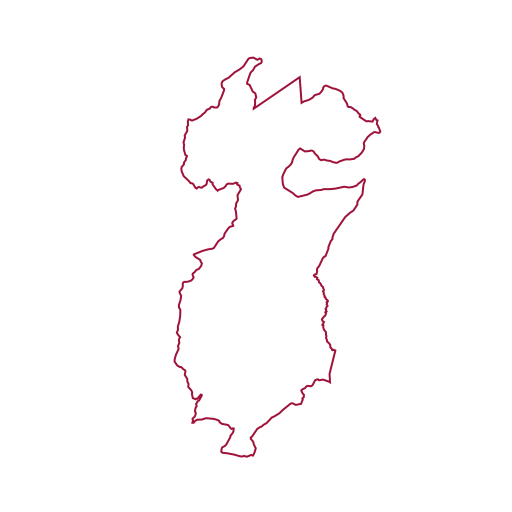 outline of San Ramon, Alajuela, Costa Rica, rotated 32°
{"feature_id": "36466004B75539048151546", "entity_name": "San Ramon", "entity_type": "district", "adm_level": 2, "iso_a3": "CRI", "parent_name": "Costa Rica", "parent_adm1": "Alajuela", "projection": "robinson", "projection_center": [-84.596, 10.217], "detail": "fine", "context": "isolated", "style": "outline", "palette": "rose", "viewbox_px": 512, "rotation_deg": 32, "n_neighbors": 0, "source": "geoboundaries", "source_scale": "gbopen_adm2", "svg_char_len": 6102}
<svg xmlns="http://www.w3.org/2000/svg" viewBox="0 0 512 512"><g transform="rotate(32 256 256)"><path d="M373.4,294.1L371.4,294.4L370.9,295.3L370.2,295.3L369.4,294.5L367.3,294.0L366.2,292.2L364.5,291.4L361.6,290.8L360.6,289.6L358.8,288.4L358.2,286.6L357.0,285.7L355.7,283.5L352.8,282.5L350.9,281.0L349.9,279.1L348.8,279.3L348.7,276.0L346.8,275.8L345.4,274.7L345.7,271.6L346.2,270.2L346.1,268.7L345.7,267.4L344.6,267.0L344.6,266.6L345.2,266.1L345.2,265.5L344.4,265.3L344.1,264.6L343.1,264.1L343.3,263.4L342.8,262.1L343.1,260.4L341.6,259.6L341.4,258.7L340.4,257.8L340.5,257.2L341.0,256.9L340.8,256.0L339.8,255.6L337.7,255.3L336.9,254.3L335.8,254.4L334.9,253.0L333.4,252.3L332.9,251.1L331.5,250.4L331.7,248.9L328.9,246.7L327.5,246.6L325.1,245.1L323.4,244.9L322.0,243.3L320.1,243.4L319.6,242.0L317.8,242.0L316.9,242.5L315.4,241.8L315.4,240.9L316.8,239.3L316.8,238.8L315.9,236.5L314.9,235.2L314.5,233.7L314.9,231.1L313.8,222.2L314.3,220.2L314.8,219.8L315.0,218.9L313.4,210.9L312.7,210.2L311.5,203.7L311.9,201.3L311.1,199.9L310.1,196.1L311.0,175.6L312.9,169.3L314.5,165.9L314.7,158.8L313.2,156.1L313.6,147.4L309.4,138.6L308.6,134.7L308.0,133.8L306.9,133.5L306.4,134.4L305.5,137.9L304.4,140.7L304.1,142.8L301.1,146.5L298.3,148.8L294.1,150.5L287.7,156.7L283.3,160.1L278.0,163.4L276.5,165.3L271.9,168.7L270.1,171.0L268.2,174.9L266.7,177.1L260.2,183.7L257.3,183.8L253.7,183.1L243.7,183.1L240.8,180.9L236.6,175.4L235.8,171.9L235.3,167.0L235.4,165.0L236.2,163.3L237.0,159.8L237.0,157.7L236.0,154.7L235.7,152.1L235.8,143.2L236.4,141.4L242.1,141.4L245.9,138.5L246.7,137.4L247.9,136.9L249.7,136.9L251.3,137.8L255.9,138.8L256.7,139.5L258.3,140.3L260.7,140.2L261.4,139.2L263.0,138.1L265.7,137.4L268.4,136.1L271.8,135.5L274.6,134.5L275.7,133.6L276.4,131.9L279.9,127.5L282.0,125.7L284.4,124.4L287.7,121.6L288.2,119.9L290.0,116.9L290.9,112.2L290.9,108.1L289.6,105.5L287.8,103.4L287.4,102.1L287.7,95.7L288.6,92.6L290.5,88.4L291.1,87.9L294.7,86.7L295.5,85.7L295.5,84.7L292.3,82.1L291.4,81.9L290.7,81.0L288.8,80.2L288.0,78.9L287.2,76.6L286.0,76.9L284.0,75.7L283.3,77.5L283.6,80.3L280.1,81.9L278.2,83.3L270.2,83.1L269.9,82.7L269.9,81.3L269.5,81.0L267.4,80.7L264.7,79.7L261.3,79.8L260.2,79.5L257.5,79.5L255.7,80.5L254.6,80.6L252.4,78.5L246.4,75.6L246.0,74.5L244.4,72.8L242.4,71.6L240.0,71.4L236.7,71.8L234.3,72.3L232.7,73.1L225.6,74.2L224.6,74.7L223.8,76.3L223.8,77.6L224.4,79.0L224.4,81.7L223.8,84.9L220.5,88.5L220.2,91.4L218.7,94.5L217.9,95.9L214.8,99.4L213.5,102.0L198.3,81.2L176.0,132.3L175.5,131.4L175.5,129.3L173.7,125.9L172.3,124.2L172.2,121.4L169.4,118.6L169.0,118.4L166.2,118.3L159.9,114.3L157.3,114.7L156.6,113.8L154.4,104.5L154.4,102.3L155.0,100.3L154.8,96.0L156.7,91.8L158.0,89.8L158.0,88.5L157.4,87.4L156.2,86.3L154.5,86.5L153.2,88.9L148.7,89.1L145.7,91.5L145.1,92.8L144.9,101.8L143.2,106.5L140.6,111.5L138.3,119.3L136.2,122.8L135.0,125.7L135.3,127.6L136.5,129.5L137.8,130.7L140.6,131.3L141.2,132.8L142.7,140.6L142.8,143.8L144.5,147.3L144.5,150.4L143.8,151.1L141.7,152.2L140.0,152.4L139.3,153.0L138.7,153.9L138.7,155.5L136.8,158.1L136.7,161.1L135.4,164.9L135.4,165.9L133.1,170.8L130.2,174.8L129.6,175.2L127.9,175.2L126.3,176.0L127.1,178.4L129.0,180.9L129.2,183.2L131.4,186.2L131.7,191.7L133.1,193.2L134.3,198.0L136.2,199.9L137.3,202.4L138.8,204.3L142.7,207.8L144.3,207.7L144.7,208.2L144.9,210.6L145.6,211.6L145.4,215.2L146.3,216.2L145.8,220.1L146.7,222.0L148.4,223.8L152.4,226.6L159.0,227.9L161.8,228.9L163.1,228.3L164.6,228.2L168.2,230.2L169.9,230.2L170.4,228.5L171.1,227.6L172.9,227.3L173.9,226.7L174.2,225.4L175.9,222.4L175.9,220.9L174.7,218.2L174.7,217.3L175.3,216.1L176.2,216.0L178.0,217.1L180.5,216.9L181.0,218.1L181.7,218.5L186.8,220.6L188.7,220.9L188.6,220.6L192.5,215.5L193.1,213.5L193.2,210.8L194.0,209.4L198.2,207.0L200.2,204.3L201.6,204.0L201.8,205.0L202.4,205.4L204.8,205.0L205.6,206.1L207.9,207.4L208.1,214.3L211.0,218.0L211.3,219.7L211.2,221.7L212.8,224.7L213.2,227.0L215.4,228.9L219.7,234.5L219.7,235.2L218.4,238.0L218.3,240.4L218.8,241.1L220.7,242.3L220.7,242.6L218.6,244.8L217.9,246.5L217.5,253.6L218.4,256.1L218.4,258.2L217.1,260.8L216.2,263.6L216.0,271.5L215.3,272.8L211.9,275.7L207.9,280.1L202.6,287.3L202.6,288.0L203.7,288.5L205.7,288.9L210.8,288.9L212.1,290.1L214.0,290.9L214.8,293.5L214.3,297.4L212.8,299.5L212.4,302.7L211.8,304.1L211.8,305.0L212.2,305.6L214.5,307.3L214.5,309.5L213.9,311.3L212.8,312.8L211.0,314.6L208.8,316.0L208.4,316.7L208.5,318.3L209.9,320.3L210.6,322.4L210.0,326.7L210.9,327.8L213.6,329.4L215.4,333.5L216.6,338.5L217.9,340.4L220.0,341.5L220.9,342.6L223.4,346.9L225.8,352.4L227.1,357.2L229.0,360.1L229.5,363.0L232.0,364.3L234.6,365.0L234.8,367.1L235.4,368.6L237.0,370.2L237.6,373.9L239.2,375.2L239.7,376.3L240.5,382.5L241.9,387.0L243.0,388.8L247.4,390.6L250.3,390.5L251.0,389.9L251.9,389.9L254.3,390.5L256.3,390.5L257.2,391.0L258.6,394.6L262.6,396.5L264.4,398.9L266.6,400.3L267.9,402.9L272.4,404.2L274.2,405.5L274.8,407.0L277.7,410.0L280.6,409.5L280.9,408.6L281.9,408.2L282.6,402.8L283.4,402.5L283.9,402.8L284.3,408.6L283.4,410.3L283.7,411.8L283.6,413.2L285.3,414.9L285.2,416.9L286.6,420.1L288.2,421.1L289.1,423.7L289.1,424.9L288.4,427.6L289.8,429.0L290.4,431.1L291.5,430.5L291.8,428.0L293.1,425.8L296.5,423.6L299.2,420.4L300.9,419.3L306.6,416.5L309.7,415.6L312.2,415.3L313.4,416.3L316.1,416.4L321.7,414.2L322.7,414.3L325.6,415.5L327.0,415.5L327.7,414.4L328.5,414.1L329.9,416.9L330.0,418.9L329.6,421.8L330.2,423.4L330.7,431.5L330.3,433.5L328.8,436.2L328.8,436.9L329.8,439.7L330.7,440.6L332.1,440.5L336.0,438.6L343.0,435.9L349.0,434.2L351.0,433.0L351.8,431.8L354.1,431.3L354.9,430.7L357.3,427.3L359.2,426.9L359.0,423.9L357.7,419.2L354.1,417.0L352.2,415.1L348.5,413.8L347.8,412.9L348.3,411.0L348.7,402.0L350.3,398.6L351.1,397.8L351.9,395.0L353.5,392.2L355.0,384.5L356.2,382.9L359.2,377.0L360.2,372.7L363.7,362.5L365.2,361.5L368.6,361.2L372.5,357.6L371.8,353.1L370.8,352.3L371.3,350.5L370.3,348.4L367.7,347.5L365.7,346.1L365.8,345.2L366.5,343.6L367.6,342.1L367.7,340.3L368.2,339.2L369.0,338.5L371.6,337.4L372.4,335.7L372.0,329.9L373.7,327.8L375.3,328.0L378.2,325.4L384.3,323.9L385.7,323.9L380.8,316.9L373.4,294.1Z" fill="none" stroke="#9f1239" stroke-width="2"/></g></svg>